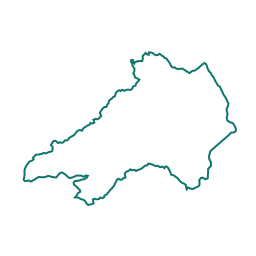 the district of Registro, São Paulo, Brazil, rotated 356°
{"feature_id": "56859067B86828019663063", "entity_name": "Registro", "entity_type": "district", "adm_level": 2, "iso_a3": "BRA", "parent_name": "Brazil", "parent_adm1": "São Paulo", "projection": "albers", "projection_center": [-47.856, -24.495], "detail": "fine", "context": "isolated", "style": "outline", "palette": "teal", "viewbox_px": 256, "rotation_deg": 356, "n_neighbors": 0, "source": "geoboundaries", "source_scale": "gbopen_adm2", "svg_char_len": 4067}
<svg xmlns="http://www.w3.org/2000/svg" viewBox="0 0 256 256"><g transform="rotate(356 128 128)"><path d="M20.3,172.4L21.6,173.8L23.4,173.7L25.5,173.4L27.0,174.6L30.0,173.5L32.2,172.3L34.1,171.4L35.6,170.5L37.4,171.0L39.2,171.1L41.1,171.3L42.7,170.9L44.8,170.3L46.5,170.5L48.0,171.3L50.4,171.9L52.9,172.4L55.5,169.7L57.1,168.1L58.8,167.7L60.4,168.6L63.1,170.8L65.0,173.1L66.6,173.9L68.6,173.5L70.6,173.0L72.5,172.1L74.4,171.9L75.8,172.1L77.5,172.1L79.2,172.9L80.7,173.5L82.7,172.5L84.6,172.9L83.4,174.7L82.2,175.2L80.6,176.1L78.8,176.1L76.9,176.7L75.0,177.1L73.3,177.1L71.2,177.3L69.9,178.8L70.2,180.9L72.1,182.3L73.7,184.4L75.7,186.6L75.9,188.3L73.8,189.3L72.4,191.4L70.3,193.5L71.7,193.7L73.5,194.0L75.6,195.4L77.3,196.1L79.5,197.1L80.8,199.1L81.5,200.7L83.0,202.0L85.6,201.6L88.5,200.8L88.2,199.3L88.0,196.8L89.7,196.2L91.1,196.9L92.6,196.9L94.1,196.8L95.4,195.5L97.8,196.1L99.3,195.4L99.9,193.6L101.7,193.0L103.1,191.7L104.7,190.1L105.7,188.7L107.3,187.7L108.5,186.1L110.2,184.5L111.0,182.7L111.9,181.5L112.6,180.2L113.5,178.7L115.1,178.0L116.9,179.2L118.9,178.8L120.0,177.5L122.0,177.3L121.8,175.4L121.5,173.5L123.0,171.7L124.5,171.2L126.4,170.4L127.4,169.4L129.4,170.5L131.7,170.2L133.0,171.5L134.4,170.7L136.2,170.3L138.2,169.6L139.7,168.7L141.1,167.7L142.9,166.6L144.6,166.6L145.8,164.9L148.4,165.6L149.8,166.2L151.6,167.3L153.3,167.9L155.4,167.9L157.0,169.3L159.4,168.9L161.5,170.6L162.6,169.0L164.1,169.3L165.5,170.9L166.5,173.6L167.4,175.8L167.8,177.6L169.7,178.1L171.7,179.6L172.9,180.7L174.2,181.7L175.9,184.4L177.8,186.2L180.0,187.4L181.7,188.8L181.9,191.7L182.3,193.2L183.7,191.5L185.8,192.7L188.4,193.5L190.5,192.4L192.8,191.7L194.7,190.7L195.5,189.1L195.4,187.3L195.5,184.9L197.4,182.9L199.1,182.8L201.5,184.5L204.0,183.8L204.5,180.3L204.8,177.8L205.1,174.5L206.6,173.0L208.0,171.8L208.3,169.9L208.3,167.9L207.7,166.5L206.8,164.2L206.9,161.6L208.4,157.3L209.4,156.1L228.1,142.1L229.5,140.7L230.6,139.7L232.4,139.9L234.8,139.2L235.7,137.1L235.1,134.9L233.8,132.0L232.8,130.4L230.5,129.5L228.9,128.5L227.6,127.4L227.2,125.4L227.4,123.5L228.3,121.5L228.0,119.4L227.7,117.4L227.8,115.5L228.6,114.3L229.5,112.4L229.9,110.6L229.2,109.0L228.4,106.5L227.4,104.3L225.9,101.9L225.0,99.8L224.4,97.8L223.2,95.2L222.6,93.3L220.8,92.0L219.7,89.7L218.6,87.8L217.7,85.4L216.8,83.3L215.3,81.1L214.4,78.8L212.9,77.3L212.3,75.9L211.3,73.5L211.1,71.9L210.3,69.8L208.8,68.5L206.4,69.9L205.0,71.0L203.6,72.1L202.3,73.3L200.2,74.4L198.5,75.4L196.3,75.5L194.6,76.5L193.4,77.6L191.6,76.4L190.1,75.3L188.4,74.0L186.4,72.5L183.7,72.6L182.0,72.6L180.3,72.2L179.0,70.9L177.0,70.8L175.5,69.6L174.8,67.5L173.8,65.7L172.6,63.6L171.1,61.4L169.4,60.7L168.7,59.3L167.2,58.5L165.6,56.9L164.4,56.2L162.9,57.3L161.1,57.3L159.7,56.7L158.0,55.1L156.2,54.3L154.2,54.0L153.7,56.4L152.3,56.0L150.9,54.3L149.2,55.8L147.6,57.3L147.6,60.0L146.8,62.2L144.9,62.1L142.3,62.0L139.7,62.8L138.8,64.0L138.0,62.1L137.7,60.6L136.1,60.3L135.6,62.1L136.7,64.1L136.8,66.1L138.6,69.3L138.2,72.0L137.1,74.0L137.9,75.2L138.6,78.1L140.9,79.3L142.7,80.7L141.5,81.9L140.3,83.0L139.2,84.2L138.4,86.3L135.8,87.1L135.2,88.7L133.4,90.2L130.5,89.7L128.4,90.0L126.9,90.7L124.8,89.4L123.4,90.6L121.9,89.7L120.4,90.4L118.9,91.4L117.6,94.0L117.1,95.6L115.3,96.1L114.1,97.4L112.0,98.6L110.8,99.9L110.2,102.1L109.0,103.2L107.7,105.6L105.9,105.4L104.0,106.8L102.8,108.4L101.0,110.8L101.6,112.7L102.1,114.4L100.9,115.2L99.5,116.5L98.1,117.2L96.3,116.7L94.1,117.3L94.8,120.3L92.4,121.1L90.9,120.3L90.2,121.6L89.1,122.5L87.5,122.7L85.7,124.0L84.2,124.6L82.8,125.8L82.0,127.5L80.0,126.7L78.5,126.9L76.6,128.0L75.4,129.5L73.4,131.5L70.7,132.7L68.3,134.1L67.5,135.4L66.3,136.1L64.2,136.0L62.4,137.8L60.5,138.2L59.1,137.5L57.0,138.1L55.6,136.3L53.7,135.5L52.5,136.1L51.1,138.0L49.9,139.6L51.5,141.7L51.3,144.3L50.6,145.7L49.0,146.4L47.6,146.3L45.9,147.1L44.2,147.6L42.4,147.0L39.8,147.8L37.7,148.2L35.9,148.2L34.1,148.3L32.6,149.8L31.1,151.1L31.6,152.8L29.8,153.9L27.3,154.6L25.8,156.3L24.6,157.7L23.6,159.1L22.4,161.2L21.9,162.9L21.6,165.0L21.6,167.5L20.9,170.2L20.3,172.4Z" fill="none" stroke="#0f766e" stroke-width="2"/></g></svg>